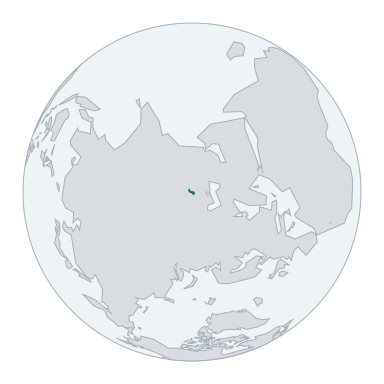 globe centered on Khorezm, rotated 182°
{"feature_id": "UZB-355", "entity_name": "Khorezm", "entity_type": "Region", "adm_level": 1, "iso_a3": "UZB", "parent_name": "Uzbekistan", "parent_adm1": "", "projection": "orthographic", "projection_center": [60.994, 41.256], "detail": "fine", "context": "on_globe", "style": "filled", "palette": "green", "viewbox_px": 384, "rotation_deg": 182, "n_neighbors": 0, "source": "natural_earth", "source_scale": "10m", "svg_char_len": 11348}
<svg xmlns="http://www.w3.org/2000/svg" viewBox="0 0 384 384"><g transform="rotate(182 192 192)"><circle cx="192" cy="192" r="169" fill="#eef3f6" stroke="#a8b0b8"/><path d="M199.4,23.2L204.4,23.6L207.6,23.9L215.2,27.3L230.7,33.2L238.8,34.9L234.6,35.0L252.0,38.6L262.5,43.5L248.7,38.2L245.7,37.9L251.9,41.1L250.2,41.6L252.2,43.6L249.6,44.0L241.7,41.3L239.9,41.7L244.4,44.0L244.6,46.2L238.4,42.7L238.1,46.3L224.9,43.4L210.3,35.2L201.0,35.5L180.6,32.6L180.4,33.9L172.6,34.1L169.5,35.9L166.6,35.2L166.7,37.2L169.9,37.5L171.1,38.6L169.6,39.8L165.6,39.0L165.8,38.3L163.8,38.7L162.5,37.9L162.3,39.0L157.6,38.2L159.9,40.8L154.3,41.6L151.9,40.7L155.2,38.4L157.6,31.8L156.1,30.8L150.7,31.3L134.3,36.7L131.4,36.9L125.3,38.8L125.4,39.6L130.3,38.4L129.1,40.7L135.2,39.5L135.6,40.4L140.6,40.4L136.6,43.0L129.9,45.8L125.5,46.0L122.5,47.4L124.0,49.5L113.3,52.8L101.8,60.2L99.4,61.0L99.4,57.6L106.1,51.1L106.2,48.3L102.8,53.0L96.8,55.6L94.4,57.4L92.8,59.1L93.8,59.4L91.0,61.1L93.4,56.6L95.9,55.0L95.1,56.3L98.2,53.4L99.8,51.2L96.6,53.0L102.2,48.9L113.2,42.5L124.7,37.0L136.6,32.4L148.8,28.7L161.3,25.9L173.9,24.0L186.6,23.1L199.4,23.2ZM202.2,23.3L204.9,23.5L209.4,24.1L204.7,23.6L201.1,23.3L202.2,23.3ZM216.5,25.7L213.8,25.4L213.8,24.9L215.4,25.2L216.5,25.7ZM245.0,36.2L241.5,34.8L245.5,36.1L245.0,36.2ZM252.9,43.8L254.4,44.1L254.8,45.1L252.9,43.8ZM142.5,39.0L141.6,39.7L141.1,39.3L142.5,39.0ZM145.5,38.5L145.7,37.6L147.2,37.2L147.0,37.7L145.5,38.5ZM251.3,46.7L251.4,48.2L249.9,46.1L251.3,46.7ZM145.0,39.7L149.8,36.7L152.3,36.1L154.1,37.9L145.0,39.7ZM250.6,48.9L251.1,53.1L254.5,54.1L245.0,54.1L247.8,50.2L245.4,47.4L248.5,48.9L250.6,48.9ZM171.6,37.2L168.1,36.9L172.4,36.1L171.6,37.2ZM174.1,36.4L185.9,33.2L190.3,34.5L185.5,35.2L192.4,36.3L188.8,38.4L184.2,38.3L182.0,37.0L182.3,38.9L174.1,36.4ZM239.7,53.6L238.7,54.3L238.3,53.1L239.7,53.6ZM171.8,39.0L173.8,38.1L177.8,39.1L174.6,41.1L174.3,40.1L171.8,39.0ZM195.9,35.6L198.3,36.9L196.1,38.9L196.7,39.7L189.1,38.6L195.9,35.6ZM172.7,40.5L172.8,42.1L169.6,42.8L170.2,40.0L172.7,40.5ZM180.2,38.6L181.9,39.2L179.9,39.5L180.2,38.6ZM158.1,46.5L160.4,45.1L162.7,45.5L158.1,46.5ZM173.1,42.7L174.3,42.5L175.4,42.5L174.9,43.7L173.1,42.7ZM188.0,40.2L186.6,40.9L191.0,40.8L189.5,42.5L184.7,41.5L186.1,42.7L185.7,43.2L182.3,41.9L188.0,40.2ZM177.8,45.2L171.1,44.9L166.4,47.2L164.2,46.9L172.2,43.3L177.8,45.2ZM180.7,43.3L178.4,44.4L176.9,43.3L177.5,42.0L180.7,43.3ZM190.2,44.1L193.8,41.7L194.7,42.0L190.2,44.1ZM176.7,46.1L178.3,46.2L176.5,46.4L176.7,46.1ZM186.4,44.9L187.5,43.9L188.6,44.3L186.4,44.9ZM180.6,47.2L178.5,47.0L178.9,46.0L180.6,47.2ZM183.5,46.3L184.7,47.1L180.3,45.8L183.9,45.8L183.5,46.3ZM187.2,45.4L188.2,45.3L186.6,45.8L187.2,45.4ZM180.5,51.3L174.9,49.9L175.7,47.6L181.0,49.2L180.5,51.3ZM31.8,209.7L31.8,181.0L35.4,176.1L38.7,166.2L65.9,153.2L68.8,160.0L86.9,170.1L88.7,173.1L83.4,180.1L94.5,199.6L101.8,195.4L115.0,207.9L125.7,211.6L135.1,197.3L117.5,190.8L117.5,181.9L134.1,180.4L149.9,186.4L150.4,183.2L143.0,173.3L149.3,168.9L140.7,169.4L142.3,173.5L137.0,174.1L135.2,170.5L137.5,168.9L133.5,165.9L123.7,174.6L124.1,179.7L112.0,176.6L111.6,184.9L107.3,186.8L106.4,173.5L108.5,169.8L104.6,153.2L101.2,156.7L104.8,172.8L102.5,170.5L98.0,176.0L99.6,170.0L96.7,152.1L87.5,148.5L71.1,156.5L66.7,153.6L65.1,146.4L75.7,132.7L84.4,140.9L88.2,136.7L90.4,127.0L92.9,130.5L94.8,127.8L98.5,130.6L107.6,127.6L111.9,129.8L119.3,122.2L122.5,122.5L117.2,126.8L115.9,131.3L127.1,137.4L130.4,136.6L134.2,131.3L136.8,134.0L139.1,128.1L147.4,129.2L139.2,123.2L143.6,117.4L150.6,114.9L150.6,112.1L139.1,116.3L135.8,119.1L135.4,123.1L125.2,130.4L120.6,129.8L125.6,118.5L119.6,116.6L126.2,109.2L153.1,101.4L162.5,102.0L169.9,114.8L165.6,117.8L160.7,114.5L161.7,122.8L163.3,119.6L165.5,122.0L170.2,117.6L171.9,119.1L173.4,112.6L176.1,113.9L175.1,118.1L184.3,113.4L190.9,115.2L192.1,113.5L191.5,111.1L200.2,115.4L200.8,113.9L198.1,112.0L197.5,107.9L199.7,102.6L202.6,104.3L202.1,106.5L205.6,113.9L204.1,119.7L205.5,119.9L207.5,115.3L203.3,106.2L203.8,102.6L206.5,106.5L205.5,104.8L206.7,103.5L210.5,104.0L207.9,99.7L216.7,85.2L225.1,85.2L226.4,90.0L235.7,83.0L244.3,84.4L241.9,82.5L244.6,78.4L242.0,77.8L241.0,76.6L246.8,66.9L250.5,66.3L250.2,60.8L248.9,59.9L246.2,59.9L245.0,54.1L254.5,54.1L256.9,56.0L261.2,55.0L266.0,59.8L272.0,63.6L274.8,70.0L279.3,72.8L280.5,72.1L287.4,75.8L297.8,86.2L284.3,80.5L267.7,67.3L274.0,72.7L271.1,72.5L272.4,75.1L277.0,79.1L278.4,78.9L277.9,91.8L285.8,105.9L289.0,101.5L294.0,103.0L305.8,117.2L311.2,144.9L317.9,148.7L320.3,153.0L318.9,158.4L315.3,152.2L311.2,152.4L309.4,148.3L305.9,155.5L303.2,150.0L301.9,158.7L305.7,161.7L309.7,157.1L309.7,167.5L317.6,171.4L321.8,180.0L319.4,201.9L312.1,212.6L312.4,215.8L307.8,214.9L304.2,223.4L314.8,234.5L315.4,239.0L308.4,252.0L307.8,249.0L295.7,246.7L295.2,258.0L304.5,262.2L307.7,270.3L301.4,270.6L297.9,263.6L293.5,262.5L293.4,253.1L287.4,241.1L280.9,246.5L280.2,240.7L270.9,231.4L260.9,238.6L245.8,258.3L245.7,272.9L239.7,280.2L227.3,261.6L223.7,247.4L218.0,249.4L206.3,237.6L182.5,237.0L180.2,232.9L175.5,234.5L167.4,229.8L164.4,222.8L159.0,222.6L167.3,240.8L173.2,241.0L179.8,235.0L180.9,241.2L188.8,246.8L175.9,260.3L142.4,267.9L141.1,256.6L125.8,220.3L127.4,217.0L127.4,216.6L127.3,215.8L123.9,220.9L121.9,213.6L128.0,238.7L128.1,248.3L141.9,268.4L140.1,269.7L145.1,274.1L163.6,272.9L163.3,276.4L153.4,290.8L129.5,305.5L133.8,318.2L134.1,327.2L121.8,329.1L125.5,335.7L119.6,335.4L120.9,338.4L117.7,339.5L111.2,338.4L97.3,331.1L94.3,328.3L84.2,319.0L69.2,298.0L70.4,292.3L68.3,285.0L58.5,262.7L60.5,254.9L58.4,249.0L53.8,246.1L51.7,239.0L49.1,236.3L34.8,222.2L31.8,209.7ZM53.2,164.6L51.7,167.3L53.2,164.6ZM164.6,201.0L175.4,203.3L174.0,192.3L178.1,192.4L176.1,188.8L173.9,191.5L169.6,181.7L175.5,179.4L176.0,174.8L172.4,173.8L162.3,179.7L168.3,193.5L164.3,197.3L164.6,201.0ZM96.7,55.8L96.4,56.2L94.4,58.1L94.5,57.5L96.7,55.8ZM90.4,65.9L86.1,68.4L89.2,66.0L88.6,65.4L94.3,59.9L98.4,61.2L95.5,61.4L90.4,65.9ZM103.1,53.5L99.0,56.5L103.4,53.2L103.1,53.5ZM102.1,111.1L102.0,114.1L98.7,116.4L93.3,114.6L98.0,111.1L102.1,111.1ZM102.8,118.0L109.3,107.9L113.0,109.0L109.8,110.0L111.6,111.7L106.9,113.9L104.0,125.3L100.9,128.2L92.5,122.6L97.0,122.7L96.8,119.5L102.8,118.0ZM119.6,83.5L122.5,80.1L126.7,86.7L123.5,89.2L117.8,87.3L118.3,83.2L119.6,83.5ZM147.2,43.8L148.0,42.8L149.1,42.9L149.3,43.9L147.2,43.8ZM159.0,45.8L144.7,48.9L144.9,47.8L136.2,51.5L133.4,49.9L139.2,47.5L130.5,49.3L134.6,46.6L128.6,48.3L141.6,43.0L144.9,40.9L142.3,43.8L144.8,45.1L146.8,45.1L155.1,43.6L163.4,40.1L167.2,41.2L167.6,43.0L166.2,44.0L164.2,42.9L163.8,45.1L159.8,44.2L159.0,45.8ZM170.8,68.0L169.1,65.4L167.5,71.3L163.5,69.8L163.6,70.6L159.5,70.9L154.6,72.8L153.2,71.7L151.9,73.0L149.2,73.4L146.9,74.8L143.7,73.4L140.7,75.1L140.9,73.5L136.5,76.8L138.3,73.7L134.9,74.2L135.0,76.9L123.1,67.8L116.7,66.9L110.4,68.1L114.3,63.2L122.7,59.2L132.6,56.7L138.2,58.5L138.9,56.1L141.8,56.4L140.0,58.1L144.5,55.6L146.4,56.3L155.3,55.3L160.6,51.6L163.9,51.3L162.8,53.1L166.9,51.6L167.1,54.9L169.5,54.8L172.0,58.2L168.4,62.0L171.4,61.7L173.4,64.5L170.8,68.0ZM181.0,52.3L177.6,56.8L173.8,58.3L171.0,51.9L168.8,51.5L166.9,47.8L172.5,45.8L172.6,47.0L173.9,47.7L171.6,48.0L174.4,48.3L174.6,50.1L176.8,50.8L175.1,52.0L181.0,52.3ZM92.6,171.7L94.3,173.3L97.4,174.8L94.6,178.5L92.6,171.7ZM90.3,159.6L92.1,160.2L89.7,165.7L88.0,164.3L90.3,159.6ZM95.2,156.0L92.4,159.8L92.9,156.8L95.2,156.0ZM119.1,127.2L121.3,127.6L120.7,129.0L118.6,130.4L119.1,127.2ZM165.3,86.7L164.9,84.6L166.0,84.2L168.6,79.8L171.7,80.7L171.4,83.8L165.3,86.7ZM130.9,199.0L126.7,200.9L125.5,198.9L127.2,198.6L130.9,199.0ZM108.9,189.8L113.0,194.0L108.1,190.8L108.9,189.8ZM169.1,87.0L169.8,85.0L171.0,86.7L169.1,87.0ZM174.2,81.3L175.9,82.9L172.4,80.4L174.2,81.3ZM162.2,331.1L155.2,343.6L147.3,342.3L144.3,338.1L145.8,330.0L154.4,328.9L158.2,325.2L162.2,331.1ZM333.3,271.4L335.8,269.2L335.6,269.9L333.3,271.4ZM330.7,272.2L333.8,269.4L329.9,273.9L330.7,272.2ZM335.0,268.3L338.2,264.1L339.6,261.8L339.2,263.2L335.0,268.3ZM328.4,274.2L315.0,284.1L309.3,286.2L311.0,283.3L320.2,277.8L328.4,274.2ZM310.5,283.6L301.4,282.9L286.8,271.5L292.1,269.6L306.9,273.5L306.0,275.8L311.5,277.3L310.5,283.6ZM331.3,258.3L330.3,264.4L323.2,269.6L319.8,271.2L317.5,265.7L318.8,261.1L321.7,259.2L331.3,238.3L334.9,238.5L332.4,246.5L335.3,249.0L331.3,258.3ZM246.6,274.0L251.2,281.3L247.7,283.3L246.6,274.0ZM333.9,225.6L330.9,234.9L333.3,224.0L333.9,225.6ZM334.6,216.4L335.4,219.2L333.3,217.7L334.6,216.4ZM313.4,220.1L310.4,222.8L309.8,220.7L313.2,215.9L313.4,220.1ZM325.0,187.3L327.1,193.9L327.4,196.5L324.9,193.7L325.0,187.3ZM197.0,94.9L190.0,99.8L187.0,104.5L188.6,108.8L183.4,105.1L187.9,97.8L197.0,94.9ZM214.0,86.1L212.5,82.7L215.1,83.0L215.8,83.8L214.0,86.1ZM211.7,84.8L206.3,82.9L206.7,80.4L210.9,82.3L211.7,84.8ZM187.5,84.4L185.2,85.7L184.3,84.2L187.5,84.4ZM306.1,316.6L308.8,314.0L312.1,309.0L313.4,308.1L316.3,302.9L329.6,287.5L340.1,269.4L344.0,264.0L349.1,251.5L352.1,245.4L349.3,253.6L349.6,252.9L344.5,264.8L338.4,276.3L331.6,287.3L323.8,297.7L315.3,307.5L306.1,316.6ZM339.4,265.3L343.4,257.3L345.1,254.8L339.4,265.3ZM357.2,227.5L357.0,228.6L354.6,236.1L355.7,231.8L355.9,229.0L352.3,235.5L351.6,234.5L353.2,230.0L350.3,233.0L353.6,226.3L354.5,229.3L356.2,221.9L358.2,217.1L359.5,213.0L359.7,212.4L357.2,227.5ZM352.8,237.8L353.2,236.8L352.6,239.2L352.8,237.8ZM346.1,244.2L345.9,245.8L344.9,246.1L346.1,244.2ZM347.5,241.5L350.2,238.9L347.1,243.1L347.5,241.5ZM337.1,248.5L338.2,250.9L341.7,245.1L339.0,251.0L340.9,254.2L340.0,257.1L338.1,253.5L336.8,260.6L335.2,262.1L334.8,257.6L336.6,249.3L338.1,245.0L344.1,237.2L337.1,248.5ZM347.6,237.3L346.8,234.3L347.3,230.8L348.3,231.8L347.6,237.3ZM343.7,227.6L340.6,225.5L338.5,229.8L342.2,217.9L344.6,221.9L343.7,227.6ZM340.1,219.1L338.2,223.2L339.8,216.7L340.1,219.1ZM337.3,222.1L336.4,218.9L338.3,217.5L337.3,222.1ZM341.2,218.1L340.5,211.7L342.0,214.2L341.2,218.1ZM334.0,211.8L339.1,213.7L333.5,216.3L330.4,205.0L332.5,202.6L334.0,211.8ZM327.2,152.3L325.1,149.5L326.2,146.7L327.4,149.4L327.2,152.3ZM327.7,135.9L325.8,145.0L323.8,152.8L325.8,152.9L327.8,159.7L323.3,156.5L322.6,147.0L324.6,142.1L322.2,136.9L322.1,131.0L318.0,125.7L317.0,122.0L321.3,125.4L327.7,135.9ZM316.1,123.7L308.9,113.6L312.2,111.0L314.5,112.7L316.4,118.3L314.6,119.2L316.1,123.7ZM308.1,110.5L306.2,111.4L291.6,100.9L289.4,98.2L302.2,104.2L301.1,105.6L304.1,108.8L308.1,110.5ZM240.4,55.0L238.8,54.4L240.5,54.3L240.4,55.0ZM239.4,76.4L238.4,74.8L240.4,74.5L239.4,76.4ZM236.6,70.2L235.1,71.6L235.5,69.4L236.6,70.2ZM231.9,75.1L233.9,71.9L233.7,76.0L231.9,75.1Z" fill="#d9dde1" stroke="#a8b0b8" stroke-width="1"/><path d="M190.3,190.5L190.4,190.4L190.2,190.2L190.2,189.9L190.3,189.9L190.5,189.8L190.8,189.9L190.8,190.0L190.9,190.3L191.0,190.4L191.0,190.5L191.3,190.6L191.4,190.8L192.0,191.3L192.1,191.5L192.3,191.6L192.6,191.7L192.6,191.8L192.8,191.9L192.9,191.7L193.0,191.6L193.6,191.7L193.8,191.8L194.3,192.3L194.6,192.7L194.6,192.8L194.8,192.7L195.1,193.1L195.2,193.3L195.1,193.6L194.7,194.2L194.5,193.9L194.5,193.7L194.4,193.7L194.3,193.4L194.2,193.1L194.2,192.8L194.2,192.7L194.0,192.4L193.5,192.0L193.3,191.9L193.1,191.9L192.9,191.9L192.9,192.0L192.7,192.2L192.6,192.3L192.2,192.1L191.9,192.0L191.7,192.0L191.3,192.0L191.0,192.1L190.9,192.1L190.7,192.1L190.6,191.9L190.3,191.7L190.0,191.6L189.9,191.5L190.0,191.2L190.0,190.8L189.9,190.6L190.0,190.4L190.3,190.5L190.3,190.5Z" fill="#22c55e" stroke="#15803d" stroke-width="1.5"/></g></svg>